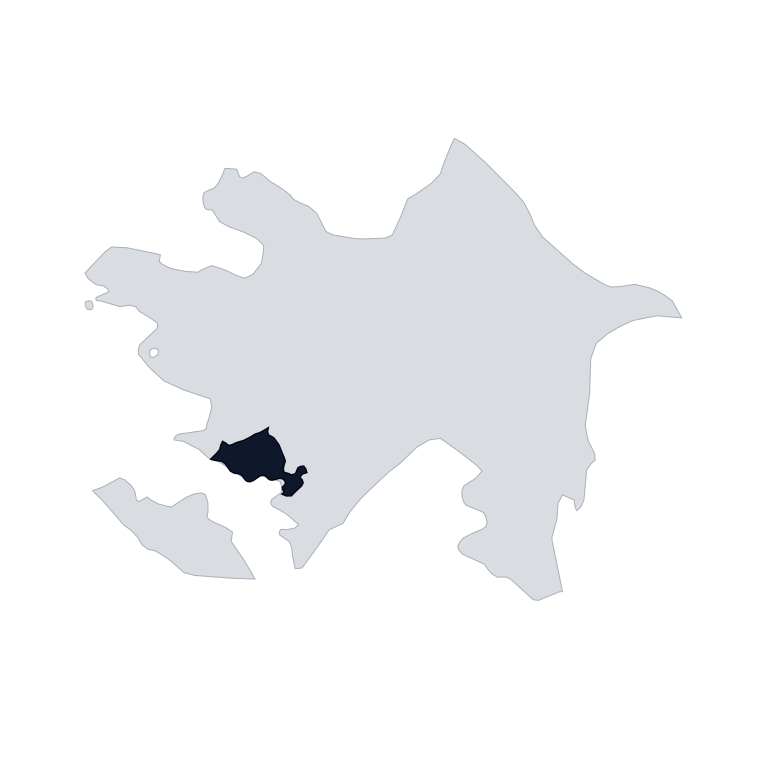 where Laçın sits in Azerbaijan, rotated 351°
{"feature_id": "AZE-1735", "entity_name": "Laçın", "entity_type": "District", "adm_level": 1, "iso_a3": "AZE", "parent_name": "Azerbaijan", "parent_adm1": "", "projection": "natural_earth1", "projection_center": [46.402, 39.698], "detail": "fine", "context": "in_parent", "style": "filled", "palette": "ink", "viewbox_px": 768, "rotation_deg": 351, "n_neighbors": 0, "source": "natural_earth", "source_scale": "10m", "svg_char_len": 4406}
<svg xmlns="http://www.w3.org/2000/svg" viewBox="0 0 768 768"><g transform="rotate(351 384 384)"><path d="M527.8,616.9L524.7,616.7L502.3,621.9L497.6,620.3L478.3,596.3L474.3,593.7L466.0,592.6L461.1,588.7L457.1,582.3L454.8,577.5L434.9,564.5L432.0,559.8L431.5,555.6L434.4,551.8L437.8,548.7L447.4,545.5L458.7,542.7L462.3,540.7L464.2,537.2L464.0,531.7L462.1,526.3L445.8,516.4L444.0,512.1L443.5,506.9L444.4,501.4L446.9,497.2L460.1,491.3L467.1,485.3L462.6,478.6L448.3,463.3L431.3,446.5L420.0,446.3L407.0,451.3L386.2,465.6L374.7,471.8L359.8,481.9L343.4,493.3L330.0,505.3L321.7,515.2L306.8,519.5L299.2,527.9L274.3,552.9L267.3,552.5L266.8,540.2L267.2,530.3L265.6,524.7L257.5,516.9L257.4,513.6L259.6,511.5L265.8,512.7L273.7,512.3L277.5,509.3L269.0,499.0L261.4,492.2L255.0,487.6L253.6,484.9L253.6,482.9L254.9,480.6L265.9,475.0L267.0,469.8L266.2,464.0L248.8,455.5L235.8,458.7L224.1,449.1L216.6,441.7L207.2,433.8L198.9,429.5L190.9,419.6L177.0,409.3L168.1,406.4L168.2,404.9L169.9,403.0L173.6,401.4L198.4,401.8L201.4,400.0L203.0,395.6L206.4,389.1L210.3,379.5L210.0,371.5L185.2,358.5L167.2,346.6L154.7,330.8L146.3,316.4L146.6,311.6L149.0,307.0L168.4,293.8L169.7,290.3L169.3,288.0L162.4,281.2L153.8,274.2L151.1,269.1L145.7,266.5L135.3,266.3L117.2,257.7L113.4,256.9L112.5,255.2L113.4,253.4L126.4,250.0L126.2,247.1L122.3,243.3L115.0,240.6L108.3,233.7L106.0,227.6L129.5,209.6L136.4,206.0L151.6,209.3L183.3,221.2L181.2,227.9L184.4,231.6L191.6,236.6L205.6,241.8L217.4,244.4L223.4,242.2L232.5,240.2L244.4,246.2L255.3,253.7L260.7,256.7L263.6,257.6L271.9,255.1L281.9,245.4L285.8,233.8L286.9,228.2L281.1,220.4L269.1,212.0L255.7,204.6L247.1,198.1L241.7,185.3L236.1,183.9L234.7,182.2L233.8,177.8L234.1,171.7L236.0,167.0L241.4,165.0L246.8,164.2L251.8,159.7L258.0,150.9L260.6,146.1L272.2,148.8L273.8,156.7L275.9,158.4L280.7,157.5L288.7,154.1L295.1,156.7L303.3,166.1L314.7,176.0L320.9,182.7L323.3,187.3L329.1,191.7L337.6,197.0L344.4,205.2L350.5,224.3L356.7,228.7L378.7,236.0L386.4,237.5L407.9,240.1L415.5,238.2L426.5,221.7L436.4,204.8L445.7,201.2L462.5,193.0L472.5,185.3L476.7,177.0L486.1,161.2L491.9,152.4L501.8,160.2L519.2,181.6L544.1,216.3L550.2,226.1L554.3,237.5L557.8,251.4L563.6,263.6L588.9,294.4L599.8,305.8L617.5,320.5L623.8,323.8L632.1,324.7L647.1,324.8L661.2,330.5L668.1,334.6L675.3,340.4L681.8,347.2L688.4,365.3L664.2,359.3L639.8,360.2L626.0,364.1L612.7,369.4L600.0,376.9L592.1,391.5L585.7,425.2L576.2,456.8L576.7,471.4L581.1,485.4L580.7,492.1L576.2,494.9L570.6,500.9L563.3,529.9L559.6,535.7L554.8,539.3L553.4,535.8L553.6,528.2L542.9,521.5L537.3,529.0L533.5,545.0L525.8,561.8L525.5,565.0L527.8,616.9ZM165.4,319.4L166.5,314.9L163.4,312.9L160.2,312.8L157.4,315.0L157.4,320.7L161.2,321.7L165.4,319.4ZM84.8,451.0L81.2,446.4L79.6,443.8L90.3,441.7L108.3,435.4L113.2,438.4L118.4,444.8L121.0,450.2L121.4,460.3L123.5,461.9L132.3,458.5L136.1,462.6L142.9,467.5L154.5,472.3L171.3,464.8L179.7,462.8L186.5,463.0L190.2,465.3L191.5,473.2L190.2,482.8L188.2,488.1L191.7,492.0L205.5,501.3L211.2,506.5L208.4,515.5L218.7,537.4L222.1,546.0L226.1,556.5L205.1,552.4L167.2,543.5L156.8,539.0L146.9,526.7L141.1,520.8L132.4,513.2L125.3,510.4L119.9,505.1L116.9,497.3L112.4,490.3L104.6,482.0L87.1,453.9L84.8,451.0ZM108.3,263.5L105.9,265.0L102.3,263.5L101.3,260.0L101.6,256.4L105.1,255.5L108.0,256.6L108.8,259.8L108.3,263.5Z" fill="#d9dde1" stroke="#a8b0b8" stroke-width="1"/><path d="M236.3,459.6L233.8,458.8L232.2,457.4L229.7,452.7L228.1,450.8L226.2,449.8L222.1,448.6L218.7,446.0L214.5,437.7L211.5,434.9L204.7,432.9L201.1,431.2L203.2,429.6L207.4,426.6L211.4,423.2L213.4,418.7L215.6,415.4L218.4,417.6L221.1,420.5L224.8,420.1L228.6,418.9L236.6,417.8L244.2,415.3L248.9,413.3L253.7,412.6L258.3,411.0L262.9,409.1L261.4,413.1L262.3,416.7L264.8,418.2L267.0,420.3L270.8,427.9L272.7,436.4L273.8,440.7L274.2,443.3L274.4,444.9L273.8,446.0L272.6,448.4L271.2,452.1L271.6,455.8L274.0,456.7L276.1,457.7L278.0,459.3L282.5,458.8L283.3,457.5L285.9,453.3L288.9,452.3L291.9,452.6L293.4,455.6L293.8,458.2L294.0,459.4L289.1,460.2L287.2,462.2L286.2,463.4L288.0,465.4L288.3,466.9L288.6,468.5L288.7,468.9L286.6,471.8L283.6,473.8L279.3,476.7L275.1,479.9L270.1,479.3L266.0,476.8L267.3,476.1L268.1,475.1L268.1,473.9L267.4,472.4L267.4,470.2L268.7,469.0L270.3,468.1L271.2,466.3L270.9,464.1L269.6,462.3L267.8,461.2L266.0,460.8L259.1,461.5L257.0,461.1L255.3,460.0L252.8,456.6L251.2,455.4L247.5,455.1L240.1,458.8L236.3,459.6Z" fill="#0f172a" stroke="#020617" stroke-width="1.5"/></g></svg>